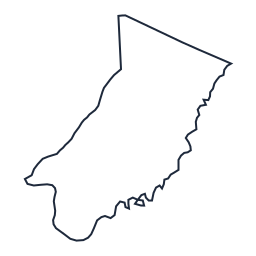 Floresta, Paraná, Brazil (Natural Earth projection)
{"feature_id": "56859067B84288078304543", "entity_name": "Floresta", "entity_type": "district", "adm_level": 2, "iso_a3": "BRA", "parent_name": "Brazil", "parent_adm1": "Paraná", "projection": "natural_earth1", "projection_center": [-52.094, -23.605], "detail": "fine", "context": "isolated", "style": "outline", "palette": "slate", "viewbox_px": 256, "rotation_deg": 0, "n_neighbors": 0, "source": "geoboundaries", "source_scale": "gbopen_adm2", "svg_char_len": 1502}
<svg xmlns="http://www.w3.org/2000/svg" viewBox="0 0 256 256"><path d="M101.4,217.1L105.0,216.0L110.6,218.1L114.6,215.1L116.1,206.3L120.1,201.5L124.6,202.6L125.5,207.1L129.0,208.6L128.4,203.8L128.4,199.8L132.8,197.6L137.8,199.8L141.4,195.1L144.9,193.8L145.9,197.6L148.7,200.5L152.0,200.5L153.6,192.8L156.0,187.6L159.6,185.5L162.0,188.5L163.8,184.2L164.4,179.6L168.1,178.5L170.7,174.6L173.8,172.8L178.5,169.9L178.5,165.5L178.5,159.9L181.0,155.6L184.2,152.9L187.7,152.3L190.8,150.3L190.4,146.4L188.7,142.3L185.8,138.0L187.9,134.6L192.2,131.7L196.4,129.3L195.8,121.8L197.0,117.8L199.3,115.0L197.7,109.6L200.4,105.8L205.9,104.8L203.6,99.7L208.3,100.1L210.0,96.4L210.2,92.2L213.0,88.7L214.4,83.5L216.6,80.2L219.5,76.6L223.5,75.0L224.3,69.8L227.2,65.9L231.1,63.6L199.5,50.0L182.2,42.3L125.4,15.4L122.2,15.5L118.4,15.9L121.0,69.2L114.0,75.1L110.2,79.6L106.3,84.8L104.0,87.8L102.5,91.6L100.0,99.8L98.3,105.8L95.2,110.0L89.4,114.5L87.1,117.4L84.1,119.8L81.8,122.6L78.9,127.4L74.5,133.2L71.6,138.8L68.3,142.3L65.4,144.9L63.1,147.7L59.9,150.4L56.9,153.9L52.9,155.1L48.1,156.6L42.7,158.8L37.7,164.2L34.0,169.1L31.7,175.2L24.9,179.0L27.5,183.9L33.8,185.5L40.6,184.8L47.2,184.3L52.3,185.2L55.0,188.1L55.8,191.8L54.5,197.0L53.8,201.3L55.2,210.8L54.8,215.2L53.1,220.1L53.6,224.3L56.0,228.2L64.5,234.4L70.3,238.8L76.5,240.6L83.4,240.1L88.1,237.7L91.2,234.2L93.8,228.5L97.1,220.4L101.4,217.1ZM137.8,199.8L135.0,203.8L140.9,205.5L144.1,205.6L142.8,200.5L137.8,199.8Z" fill="none" stroke="#1e293b" stroke-width="2"/></svg>